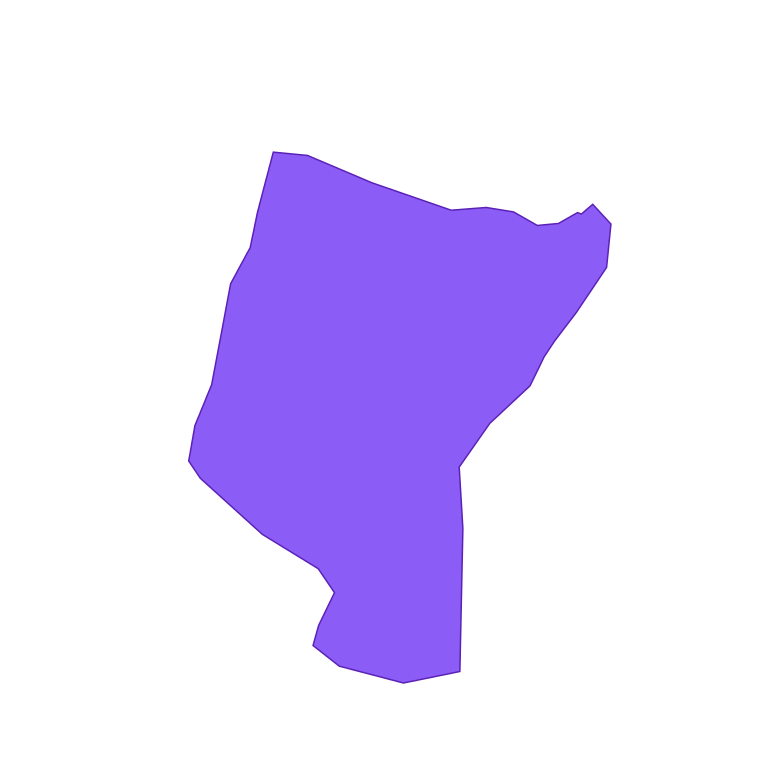 outline of Abyei, South Kordufan, Sudan, rotated 32°
{"feature_id": "16777658B55499418827559", "entity_name": "Abyei", "entity_type": "district", "adm_level": 2, "iso_a3": "SDN", "parent_name": "Sudan", "parent_adm1": "South Kordufan", "projection": "robinson", "projection_center": [27.441, 10.846], "detail": "fine", "context": "isolated", "style": "filled", "palette": "violet", "viewbox_px": 768, "rotation_deg": 32, "n_neighbors": 0, "source": "geoboundaries", "source_scale": "gbopen_adm2", "svg_char_len": 2426}
<svg xmlns="http://www.w3.org/2000/svg" viewBox="0 0 768 768"><g transform="rotate(32 384 384)"><path d="M170.3,255.9L171.0,258.0L171.1,258.3L171.7,260.5L172.2,262.0L173.2,265.1L175.2,271.6L175.8,273.8L176.3,275.1L176.5,276.0L176.6,276.3L176.9,277.1L177.0,277.3L177.2,278.0L177.7,279.6L177.8,280.0L178.1,281.1L178.7,282.9L179.5,285.4L179.8,286.5L180.4,288.3L181.3,291.2L181.6,292.2L182.0,293.5L182.2,294.2L182.3,294.3L182.7,295.8L182.8,296.1L183.4,298.1L183.6,298.7L184.0,299.7L184.5,301.3L185.2,303.8L185.5,304.7L185.6,305.0L185.8,305.6L185.9,305.9L186.0,306.1L186.4,307.3L186.5,307.7L186.9,308.6L187.7,310.7L187.8,311.0L188.0,311.5L188.4,312.6L188.5,313.0L188.8,313.6L189.1,314.6L189.7,316.2L190.1,317.4L190.2,317.5L191.0,319.7L192.2,322.8L192.3,323.1L193.6,326.7L194.3,328.6L194.4,328.9L195.7,332.4L196.2,333.8L196.7,335.0L198.2,339.2L198.3,339.4L198.6,345.3L198.8,348.7L199.1,352.8L199.2,354.1L199.3,356.8L199.8,364.5L199.9,365.9L200.2,370.6L200.6,377.0L200.8,380.1L201.1,381.0L207.1,396.4L216.9,421.3L217.2,422.1L218.3,424.9L222.9,436.7L238.2,475.9L239.4,482.9L240.2,487.6L240.7,490.4L241.1,492.7L241.6,495.4L243.0,503.8L243.2,505.2L243.4,505.8L244.7,513.8L245.4,517.9L245.6,518.9L245.7,519.6L246.1,520.5L246.6,521.8L246.9,522.4L247.2,523.2L247.5,523.9L247.8,524.6L247.9,525.0L248.0,525.1L248.1,525.4L248.2,525.7L248.4,526.2L248.5,526.3L248.7,526.9L249.1,528.0L249.3,528.3L249.4,528.7L249.5,529.0L249.7,529.3L250.0,530.0L250.3,530.8L250.6,531.6L250.8,532.1L251.0,532.5L251.2,533.1L251.5,533.9L251.9,534.7L251.9,534.9L252.1,535.2L252.1,535.4L252.4,536.1L252.9,537.2L253.8,539.4L254.5,541.1L254.6,541.6L255.1,542.7L255.2,542.9L255.3,543.1L255.8,544.4L255.9,544.6L256.9,547.2L257.2,547.9L257.6,548.8L257.7,549.2L258.1,550.1L258.4,550.9L258.7,551.7L258.9,552.1L259.1,552.6L259.2,552.8L278.2,561.3L360.5,576.0L426.1,575.5L452.6,587.2L456.5,623.4L462.4,643.4L495.6,647.0L558.9,627.3L600.7,587.6L527.5,464.8L491.8,414.6L494.6,361.2L508.8,308.2L506.4,285.3L505.4,276.2L505.9,257.4L509.2,221.4L511.0,167.2L491.7,128.1L465.8,121.0L463.4,128.6L461.4,135.2L457.3,136.1L454.1,142.0L446.9,155.4L430.0,168.3L402.7,169.4L377.2,180.1L348.9,201.0L266.9,219.8L205.7,229.5L198.0,230.7L167.3,246.0L167.4,246.3L167.6,247.2L167.7,247.3L167.8,247.7L167.9,248.1L168.4,249.7L168.5,250.1L169.1,252.0L169.3,252.5L169.6,253.6L169.7,253.8L170.0,254.9L170.2,255.4L170.2,255.6L170.3,255.9Z" fill="#8b5cf6" stroke="#5b21b6" stroke-width="1.5"/></g></svg>